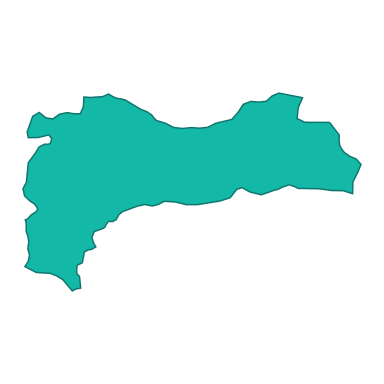 an SVG outline of Erzincan
{"feature_id": "TUR-2300", "entity_name": "Erzincan", "entity_type": "Province", "adm_level": 1, "iso_a3": "TUR", "parent_name": "Turkey", "parent_adm1": "", "projection": "albers", "projection_center": [39.186, 39.548], "detail": "fine", "context": "isolated", "style": "filled", "palette": "teal", "viewbox_px": 384, "rotation_deg": 0, "n_neighbors": 0, "source": "natural_earth", "source_scale": "10m", "svg_char_len": 1770}
<svg xmlns="http://www.w3.org/2000/svg" viewBox="0 0 384 384"><path d="M80.3,113.8L83.4,106.6L83.9,97.0L90.2,97.5L102.8,96.6L108.6,94.0L112.6,96.5L116.6,98.3L121.0,98.9L125.4,100.1L141.0,109.4L146.6,111.6L151.7,114.9L154.0,118.1L156.6,120.6L165.3,123.2L173.7,127.5L182.6,128.5L191.1,127.6L199.6,128.2L207.8,127.3L215.6,123.3L231.7,119.5L237.9,112.6L243.3,104.3L251.0,101.4L259.2,102.1L266.4,101.2L272.2,95.9L278.9,93.1L302.5,97.7L298.2,107.7L297.1,118.5L304.8,122.3L329.5,122.4L339.3,135.1L339.1,140.3L339.7,145.4L341.8,149.3L344.5,152.6L350.1,156.5L356.2,159.0L361.0,164.4L357.8,172.2L352.9,182.0L352.6,193.7L343.2,190.7L331.4,190.5L319.6,188.8L298.0,188.4L295.2,186.8L289.7,185.0L288.2,184.8L287.7,185.4L283.1,186.8L277.6,189.5L274.7,190.1L261.3,194.8L249.9,192.0L242.1,187.6L236.7,189.4L230.2,197.7L220.0,201.0L197.9,204.6L186.5,204.7L175.4,202.0L164.2,201.3L158.5,204.4L152.4,206.0L144.8,204.5L137.2,206.2L122.8,211.5L118.8,214.7L116.2,219.7L112.5,221.6L108.4,221.4L106.3,224.3L104.6,227.5L102.9,228.5L94.2,231.6L91.9,237.5L93.7,243.3L95.8,246.9L91.8,249.3L87.9,250.0L84.4,252.1L82.3,262.8L79.0,264.4L78.3,264.5L77.1,265.5L76.6,269.9L77.1,274.3L78.4,275.2L79.5,276.5L80.7,288.1L76.1,288.9L72.3,290.9L62.9,279.7L56.7,275.9L50.2,273.3L36.4,272.5L24.9,266.6L28.2,261.5L29.5,255.2L28.8,252.2L27.9,249.2L28.2,245.7L28.8,242.4L28.0,236.7L26.2,231.4L26.2,225.1L26.0,221.8L25.3,219.8L27.1,219.3L28.5,218.0L29.8,216.4L31.3,214.8L36.5,211.5L37.7,208.5L34.5,204.0L29.7,200.8L24.6,195.9L23.0,188.7L26.4,182.3L28.3,162.7L35.3,153.2L39.1,147.0L44.5,144.2L47.4,144.3L50.2,143.7L51.8,138.6L48.8,134.9L38.2,137.5L28.3,137.7L27.2,131.8L32.7,116.3L39.2,112.5L45.8,117.8L52.8,119.0L59.6,114.2L67.2,112.6L73.7,113.7L80.3,113.8Z" fill="#14b8a6" stroke="#0f766e" stroke-width="1.5"/></svg>